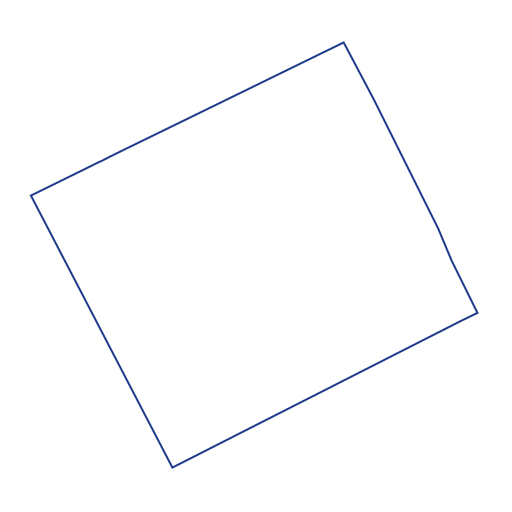 Iroquois, Illinois, United States of America, rotated 244°
{"feature_id": "52423323B9331267703461", "entity_name": "Iroquois", "entity_type": "district", "adm_level": 2, "iso_a3": "USA", "parent_name": "United States of America", "parent_adm1": "Illinois", "projection": "orthographic", "projection_center": [-87.66, 40.748], "detail": "fine", "context": "isolated", "style": "outline", "palette": "blue", "viewbox_px": 512, "rotation_deg": 244, "n_neighbors": 0, "source": "geoboundaries", "source_scale": "gbopen_adm2", "svg_char_len": 404}
<svg xmlns="http://www.w3.org/2000/svg" viewBox="0 0 512 512"><g transform="rotate(244 256 256)"><path d="M409.4,263.6L409.4,184.8L409.3,167.8L409.3,167.2L409.1,158.1L409.3,157.2L409.2,146.3L409.2,146.2L409.0,80.2L102.5,88.1L107.8,410.6L107.8,430.1L165.9,429.8L200.9,431.8L345.4,430.5L409.5,428.4L409.5,428.2L409.5,399.0L409.5,398.8L409.4,263.6Z" fill="none" stroke="#1e3a8a" stroke-width="2"/></g></svg>